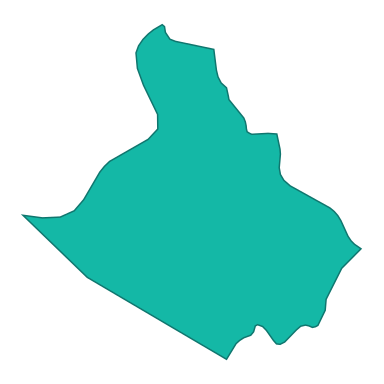 An Giang, Robinson projection
{"feature_id": "VNM-498", "entity_name": "An Giang", "entity_type": "Province", "adm_level": 1, "iso_a3": "VNM", "parent_name": "Vietnam", "parent_adm1": "", "projection": "robinson", "projection_center": [105.251, 10.573], "detail": "fine", "context": "isolated", "style": "filled", "palette": "teal", "viewbox_px": 384, "rotation_deg": 0, "n_neighbors": 0, "source": "natural_earth", "source_scale": "10m", "svg_char_len": 1076}
<svg xmlns="http://www.w3.org/2000/svg" viewBox="0 0 384 384"><path d="M162.2,24.7L164.5,26.6L165.4,32.4L169.9,39.2L175.5,41.4L213.8,49.4L216.4,70.2L218.0,76.9L221.1,82.9L226.5,87.8L228.4,96.5L228.9,99.6L243.8,118.0L245.3,121.8L246.1,125.7L246.4,128.9L247.1,131.8L249.7,133.4L251.8,134.3L268.1,133.4L276.8,134.0L280.0,149.2L280.4,154.1L279.2,167.7L280.4,174.5L283.9,180.4L290.2,185.9L330.0,208.0L334.2,211.5L337.8,215.6L340.9,220.7L348.0,236.3L351.1,240.9L354.5,244.3L361.0,248.8L341.7,268.3L328.0,295.5L326.1,299.3L325.2,310.3L317.9,325.4L315.5,326.7L312.4,327.4L309.0,325.9L305.5,325.1L300.7,326.2L296.5,329.8L284.7,342.0L280.1,344.3L276.5,343.9L273.5,340.5L266.4,330.4L262.6,326.5L257.6,324.7L255.3,325.9L253.6,331.8L250.8,335.2L243.9,337.7L239.7,340.4L236.1,343.6L226.5,359.3L87.3,277.4L23.0,215.3L42.5,217.9L60.2,217.1L74.2,210.8L83.7,199.7L99.9,172.0L104.5,166.3L109.6,161.4L148.2,139.3L157.8,129.0L157.6,114.4L143.5,85.2L137.4,68.4L136.0,52.9L138.6,45.8L143.0,39.4L146.7,35.6L148.4,33.9L153.5,29.8L162.2,24.7Z" fill="#14b8a6" stroke="#0f766e" stroke-width="1.5"/></svg>